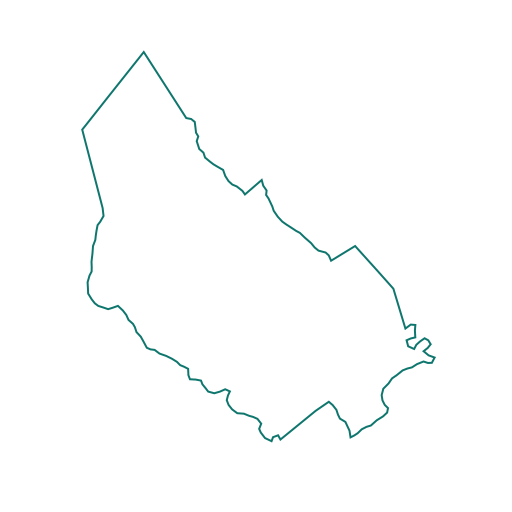 the district of Milagres, Bahia, Brazil, rotated 11°
{"feature_id": "56859067B28401413745229", "entity_name": "Milagres", "entity_type": "district", "adm_level": 2, "iso_a3": "BRA", "parent_name": "Brazil", "parent_adm1": "Bahia", "projection": "mercator", "projection_center": [-39.773, -12.883], "detail": "fine", "context": "isolated", "style": "outline", "palette": "teal", "viewbox_px": 512, "rotation_deg": 11, "n_neighbors": 0, "source": "geoboundaries", "source_scale": "gbopen_adm2", "svg_char_len": 2161}
<svg xmlns="http://www.w3.org/2000/svg" viewBox="0 0 512 512"><g transform="rotate(11 256 256)"><path d="M450.7,321.6L444.4,320.6L438.7,317.5L442.1,313.5L444.3,309.3L441.2,305.9L437.2,304.6L433.4,308.5L430.3,312.6L429.0,317.1L422.6,315.6L419.9,310.0L423.7,307.4L427.9,305.5L426.2,298.8L425.6,293.3L421.0,293.8L416.5,298.7L397.1,261.9L378.1,247.4L351.4,227.3L330.6,246.3L327.3,241.5L323.7,239.3L316.3,238.8L311.9,236.4L307.7,232.9L300.3,228.6L294.6,224.9L290.6,223.7L286.8,222.1L279.8,219.3L275.2,217.2L269.9,213.3L264.8,208.3L262.5,204.2L257.2,197.0L254.3,194.2L253.9,189.7L249.7,185.6L247.1,180.3L233.4,197.7L230.3,194.7L223.9,191.4L219.1,190.4L214.7,187.7L210.6,183.4L207.3,177.8L201.7,175.9L196.7,174.1L192.5,172.0L187.2,169.1L184.7,164.6L179.9,161.8L175.9,154.6L176.5,149.6L173.6,146.4L172.1,141.6L170.3,136.1L166.2,133.9L161.2,133.9L106.9,77.2L81.6,125.9L64.2,159.6L61.3,165.1L96.3,238.2L98.7,245.8L96.5,252.2L94.6,255.9L94.6,261.1L94.8,266.1L95.2,270.9L94.1,277.3L95.0,284.9L95.6,292.9L96.9,298.5L97.6,302.6L96.3,307.0L95.7,313.9L97.1,319.5L98.4,324.9L103.0,329.9L106.8,333.2L110.7,335.1L115.9,335.7L121.0,336.4L125.1,334.2L130.0,331.3L135.7,334.9L139.9,338.6L143.1,343.1L148.2,346.1L150.7,349.0L153.2,353.5L158.3,357.2L161.6,361.1L166.3,366.9L170.2,367.8L174.4,367.5L179.9,370.2L186.8,371.2L193.1,372.9L198.6,375.0L202.4,377.6L206.4,378.4L210.9,379.7L212.4,385.9L214.7,389.6L220.5,388.8L225.8,388.8L227.9,392.2L231.9,395.5L234.9,398.2L241.2,398.7L246.5,396.0L251.2,392.7L256.2,393.9L255.1,398.3L254.8,403.1L257.5,407.4L261.8,411.1L267.6,413.9L274.2,413.1L279.8,414.2L283.8,414.5L288.5,415.6L293.1,419.6L292.1,425.1L294.4,428.4L299.6,433.0L306.6,434.8L307.3,430.6L311.9,427.8L315.0,431.5L344.1,396.6L355.3,385.2L359.7,387.7L364.3,391.7L366.7,396.0L369.4,399.6L375.4,401.8L378.6,406.2L381.1,409.6L383.4,416.0L386.6,413.5L389.6,410.6L392.9,405.9L397.1,402.6L401.1,400.5L405.9,394.2L411.3,389.2L414.6,384.7L414.6,380.1L410.8,377.6L407.7,373.6L405.9,368.6L406.3,362.0L410.4,355.9L412.9,350.2L416.9,346.1L421.8,340.3L426.2,337.5L430.3,335.6L434.7,331.4L440.6,327.6L445.2,328.2L449.0,327.3L450.7,321.6Z" fill="none" stroke="#0f766e" stroke-width="2"/></g></svg>